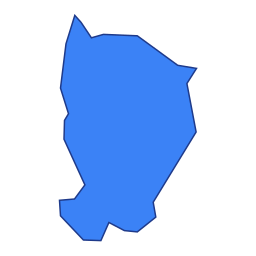 Guit, Unity, South Sudan
{"feature_id": "79223893B83086090968913", "entity_name": "Guit", "entity_type": "district", "adm_level": 2, "iso_a3": "SSD", "parent_name": "South Sudan", "parent_adm1": "Unity", "projection": "equal_earth", "projection_center": [30.02, 9.198], "detail": "fine", "context": "isolated", "style": "filled", "palette": "blue", "viewbox_px": 256, "rotation_deg": 0, "n_neighbors": 0, "source": "geoboundaries", "source_scale": "gbopen_adm2", "svg_char_len": 432}
<svg xmlns="http://www.w3.org/2000/svg" viewBox="0 0 256 256"><path d="M155.8,217.1L153.2,202.2L196.1,132.0L186.9,83.5L196.5,68.4L177.7,65.3L137.3,35.8L103.4,34.4L91.4,37.8L81.0,22.3L74.8,15.4L66.0,43.8L60.5,88.1L68.5,113.7L64.5,120.4L64.0,139.2L84.9,184.9L74.5,199.0L59.5,200.3L60.5,215.8L61.8,217.2L83.4,240.0L100.9,240.6L108.9,222.5L124.4,230.6L137.3,231.9L155.8,217.1Z" fill="#3b82f6" stroke="#1e3a8a" stroke-width="1.5"/></svg>